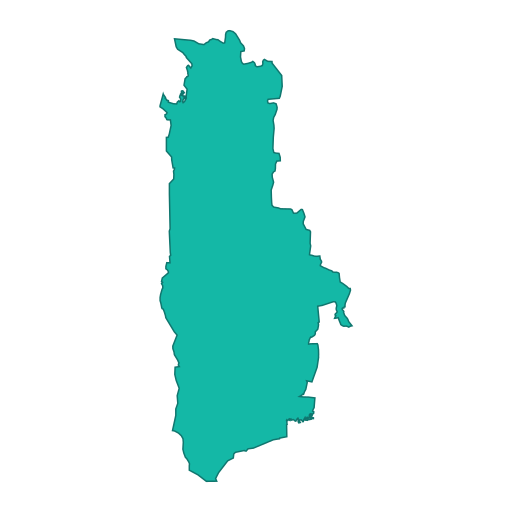 As-Suqaylabiyah, Hamah, Syria
{"feature_id": "27442178B45767266881892", "entity_name": "As-Suqaylabiyah", "entity_type": "district", "adm_level": 2, "iso_a3": "SYR", "parent_name": "Syria", "parent_adm1": "Hamah", "projection": "equal_earth", "projection_center": [36.361, 35.476], "detail": "fine", "context": "isolated", "style": "filled", "palette": "teal", "viewbox_px": 512, "rotation_deg": 0, "n_neighbors": 0, "source": "geoboundaries", "source_scale": "gbopen_adm2", "svg_char_len": 5953}
<svg xmlns="http://www.w3.org/2000/svg" viewBox="0 0 512 512"><path d="M272.0,61.5L267.7,61.3L264.4,59.4L263.3,60.3L262.7,61.8L262.9,63.5L262.3,65.5L260.8,66.2L257.0,66.8L255.3,65.7L255.2,64.4L254.5,62.8L252.8,61.4L251.5,62.3L247.9,63.4L243.6,64.2L242.2,63.0L241.4,61.5L240.5,57.0L240.8,51.6L244.2,50.9L244.5,48.6L243.5,45.9L240.6,42.8L239.6,40.3L235.6,33.8L233.0,31.6L229.9,30.7L228.1,30.8L226.2,32.3L225.6,34.4L225.5,37.3L224.7,42.8L223.3,43.2L220.2,41.4L217.9,39.7L216.5,39.6L212.7,38.6L211.5,39.5L210.6,39.7L209.6,40.1L208.6,41.8L206.2,42.8L204.0,44.6L198.8,43.8L194.0,41.0L190.7,40.3L174.5,38.8L176.2,46.8L177.6,49.2L182.8,52.6L184.3,54.5L186.2,56.5L186.3,57.5L191.8,63.7L192.1,65.8L190.8,68.0L188.5,65.3L187.7,65.6L186.4,67.5L187.6,71.0L187.6,71.6L187.9,72.2L187.8,73.5L188.3,75.3L188.0,76.2L187.1,76.7L186.8,76.7L186.4,77.4L185.1,78.7L184.0,85.2L187.1,89.2L186.2,96.0L186.3,98.3L184.5,101.6L183.1,102.7L182.5,101.6L182.9,100.9L183.2,99.3L183.9,98.8L184.1,98.1L184.3,98.0L184.8,98.5L185.1,98.4L184.9,97.2L185.3,97.2L185.1,96.2L184.8,96.0L184.1,96.8L183.2,96.6L183.2,96.2L183.1,95.4L182.7,94.4L182.2,93.4L182.3,93.0L183.2,92.8L183.6,93.3L184.3,92.7L182.8,90.8L181.5,91.0L181.3,92.1L182.4,95.3L181.4,95.4L181.1,93.8L180.6,93.9L180.3,95.1L180.0,95.5L179.6,96.9L179.6,97.5L180.5,98.4L180.7,99.6L180.3,101.5L179.8,101.8L179.5,101.7L179.4,101.3L179.0,101.2L178.8,100.8L177.3,102.1L176.7,103.9L173.6,103.8L168.3,102.2L168.3,101.7L168.5,101.0L168.3,100.6L167.6,100.5L167.5,100.3L167.3,100.3L167.2,100.4L166.8,100.3L166.1,99.0L165.1,98.1L165.5,97.5L163.3,94.3L163.2,94.0L160.1,105.5L160.0,106.8L163.0,108.8L167.0,112.5L166.7,113.7L165.9,114.4L165.0,114.7L165.0,116.7L166.2,118.1L166.7,119.2L166.7,119.4L166.8,119.5L167.1,119.8L170.4,119.9L171.1,125.5L169.3,134.0L168.2,137.3L166.4,137.4L166.4,151.0L171.6,157.0L171.7,159.8L173.1,167.9L174.6,168.0L174.3,169.7L173.5,171.1L173.9,174.5L173.7,179.0L169.4,183.6L169.4,194.1L170.1,228.8L169.3,231.1L170.3,252.5L170.7,255.3L169.5,256.4L170.0,262.8L166.8,262.7L165.9,266.4L165.9,268.8L167.3,269.8L168.2,271.2L168.4,272.8L162.3,278.0L161.5,281.6L162.6,282.3L161.5,283.6L162.7,285.7L162.8,288.0L162.1,289.2L160.6,294.5L160.1,297.5L160.1,300.6L160.8,303.0L161.4,305.9L161.7,307.6L162.1,308.6L163.2,309.1L164.3,311.8L165.5,315.8L165.8,317.7L174.3,331.8L177.1,335.1L172.8,346.1L172.9,348.7L174.0,351.9L174.4,354.7L177.8,360.3L178.4,361.9L179.0,362.9L178.4,364.3L178.4,365.2L179.3,366.6L175.1,367.2L174.8,374.4L176.2,380.4L179.2,388.3L177.2,395.7L177.8,403.3L175.8,409.0L175.8,415.4L174.6,421.0L172.5,430.6L174.4,430.9L178.4,433.0L181.3,435.7L183.0,438.7L183.3,442.4L182.9,449.2L183.8,453.0L185.4,457.3L186.7,458.6L188.8,462.0L189.5,463.8L189.3,465.6L189.3,470.2L197.9,474.8L206.3,481.3L216.7,481.2L215.6,478.5L218.6,472.6L227.7,460.8L233.3,458.0L233.8,453.8L235.5,452.3L244.2,450.5L244.3,450.7L246.1,451.1L248.1,448.8L253.4,448.1L273.2,439.8L277.1,439.1L279.5,438.8L279.6,438.1L286.8,436.7L286.6,424.8L287.1,424.4L286.9,424.1L287.0,423.3L286.8,422.4L286.9,422.1L286.8,421.7L286.5,420.3L286.8,419.8L287.5,420.6L287.9,420.5L288.9,419.1L289.3,418.9L289.8,420.4L290.0,420.5L290.5,419.2L290.9,418.9L291.5,420.1L291.9,420.1L293.1,419.5L294.5,420.4L295.2,421.1L295.9,421.1L296.5,419.7L297.7,418.2L298.0,418.1L298.2,418.4L298.1,421.1L298.2,421.6L298.5,422.5L298.8,422.9L300.3,422.5L299.6,421.4L299.6,419.9L301.4,419.9L302.8,421.7L303.3,421.6L303.7,419.8L305.1,417.4L305.6,418.6L305.0,419.6L305.1,420.1L307.4,420.3L307.7,419.8L306.7,418.5L306.9,417.4L307.6,417.3L308.3,417.9L307.9,419.7L308.1,419.8L310.8,419.3L310.4,418.9L309.3,416.6L309.4,414.8L310.0,414.0L310.9,413.6L311.3,413.8L310.6,416.4L310.6,417.0L311.7,418.4L312.4,418.6L313.4,418.6L313.4,417.8L311.6,417.6L311.4,417.2L312.8,413.8L313.6,413.4L313.8,411.8L312.6,411.2L313.1,409.5L314.1,407.6L314.9,397.9L308.3,397.1L303.6,397.0L299.5,396.5L301.8,395.1L302.8,394.2L302.9,394.4L303.5,394.4L303.8,393.7L304.4,391.9L305.8,389.3L307.1,383.1L307.2,382.2L306.6,380.8L311.9,381.9L317.1,367.3L318.6,357.2L318.5,356.2L318.6,354.6L318.5,350.0L318.4,349.0L318.3,348.5L317.9,345.0L317.3,343.7L311.0,343.8L308.6,344.1L308.6,342.7L309.0,341.3L309.2,340.0L309.9,338.4L310.7,337.1L311.1,337.3L312.1,336.9L314.5,335.3L315.1,334.3L315.3,333.5L315.3,331.8L316.6,330.5L317.8,329.1L318.1,327.3L318.4,325.9L318.5,324.4L318.1,322.7L319.2,322.0L317.7,306.2L322.2,305.4L333.4,301.7L335.3,301.9L336.2,303.4L336.8,305.7L336.2,308.2L336.3,309.8L337.2,311.8L336.5,312.9L335.4,313.8L335.0,314.9L335.8,315.6L334.6,318.3L335.6,318.2L338.2,317.7L339.6,321.5L340.3,323.1L340.8,324.6L342.1,325.5L343.5,326.2L346.4,326.1L347.8,326.6L348.6,327.1L349.4,326.8L350.3,326.2L352.0,325.8L348.6,321.5L348.1,320.0L347.3,318.4L344.7,315.5L343.6,312.5L343.8,311.4L343.2,310.6L342.5,309.9L342.1,308.9L342.4,308.1L343.5,307.8L343.8,308.0L344.4,306.6L345.0,306.7L345.0,304.8L345.4,302.9L349.4,293.7L350.5,290.1L350.2,288.5L348.8,288.5L346.7,286.4L342.6,283.4L340.2,282.0L339.5,277.7L339.1,273.4L338.1,272.7L336.4,272.2L335.0,272.3L333.0,272.1L332.2,271.4L331.9,270.9L329.2,270.0L325.5,268.2L324.1,267.8L323.3,267.4L320.3,265.7L320.5,264.4L321.6,262.2L321.5,261.2L321.0,260.6L321.0,260.3L320.3,259.4L319.8,256.0L317.0,256.3L314.6,256.2L311.9,255.3L310.6,255.1L309.5,254.7L309.7,252.9L310.7,245.9L310.1,243.3L310.5,231.8L309.7,230.4L306.1,229.4L303.2,223.8L303.3,221.4L305.0,216.9L303.9,213.3L302.4,209.6L301.2,209.4L296.7,213.2L293.5,213.2L291.9,209.7L290.6,209.0L280.6,208.8L278.3,207.9L273.7,207.1L272.0,205.3L271.7,202.9L271.4,197.5L271.2,190.0L272.8,185.2L273.6,182.2L272.3,177.4L272.1,174.1L273.6,171.8L275.0,171.0L275.4,168.5L275.5,164.0L276.8,161.1L280.3,160.8L280.2,157.3L279.0,153.4L275.7,153.1L273.8,152.5L272.9,148.6L273.3,137.3L274.1,128.5L273.9,125.2L273.1,120.4L273.7,117.3L275.2,114.6L277.0,109.3L277.1,107.3L276.1,103.8L273.6,102.9L269.7,103.6L267.9,102.9L267.5,100.8L268.1,99.3L279.3,98.3L280.2,96.2L282.2,86.4L281.7,75.5L272.1,63.2L272.0,61.5Z" fill="#14b8a6" stroke="#0f766e" stroke-width="1.5"/></svg>